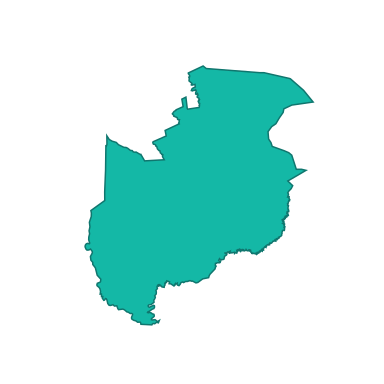 the district of Centenary/ Muzarabani, Mashonaland Central, Zimbabwe, rotated 202°
{"feature_id": "62879985B33993196799610", "entity_name": "Centenary/ Muzarabani", "entity_type": "district", "adm_level": 2, "iso_a3": "ZWE", "parent_name": "Zimbabwe", "parent_adm1": "Mashonaland Central", "projection": "natural_earth1", "projection_center": [31.038, -16.418], "detail": "fine", "context": "isolated", "style": "filled", "palette": "teal", "viewbox_px": 384, "rotation_deg": 202, "n_neighbors": 0, "source": "geoboundaries", "source_scale": "gbopen_adm2", "svg_char_len": 5960}
<svg xmlns="http://www.w3.org/2000/svg" viewBox="0 0 384 384"><g transform="rotate(202 192 192)"><path d="M269.9,109.0L267.7,106.3L267.8,105.6L269.7,105.2L270.6,104.3L271.0,102.7L270.6,101.1L269.0,99.4L267.6,98.8L265.9,99.6L264.7,101.1L262.2,99.5L261.6,98.2L262.0,94.1L260.2,90.9L257.7,89.6L256.8,87.6L253.2,85.5L248.7,79.3L243.9,77.0L243.3,74.9L243.4,74.0L245.6,71.9L245.4,70.2L244.8,69.5L242.4,68.7L241.1,67.8L239.6,65.7L238.9,62.9L237.8,63.5L236.7,61.1L235.6,61.6L235.3,59.9L233.2,58.5L232.6,59.0L232.3,60.8L231.5,60.9L230.4,60.0L228.3,57.0L226.4,55.9L225.0,56.3L223.0,57.9L221.2,57.2L219.1,58.3L217.0,56.0L216.0,55.4L212.3,57.5L210.6,57.5L207.4,56.4L206.1,56.7L203.7,56.2L202.5,56.8L201.6,56.7L201.1,56.0L201.1,53.2L200.7,52.2L199.9,51.5L197.6,51.2L196.0,51.5L193.7,50.9L191.4,51.9L190.9,51.8L189.8,50.2L179.4,53.8L179.3,54.8L178.8,55.5L177.2,55.9L176.0,58.0L174.2,58.1L174.2,60.6L175.4,59.0L178.5,59.8L180.8,58.5L181.8,58.4L182.1,59.4L180.5,62.4L180.9,63.7L181.7,64.4L183.0,64.1L184.3,64.6L186.4,64.4L187.1,63.7L188.1,63.6L188.1,64.2L186.6,65.8L185.1,68.3L183.7,69.6L183.6,71.2L184.3,72.5L185.1,72.6L188.4,69.1L189.6,69.4L190.1,70.3L189.9,71.0L187.7,72.4L185.9,75.5L186.9,77.5L186.5,79.1L186.6,80.8L187.7,81.7L187.0,84.1L187.6,85.9L188.6,87.3L187.9,89.5L188.9,90.9L188.9,92.2L187.9,92.0L187.6,92.4L188.4,93.5L187.7,93.9L186.7,93.3L186.7,93.8L186.3,93.8L184.3,92.7L182.1,93.2L182.4,94.4L182.2,95.7L183.0,97.1L182.8,97.9L182.4,97.6L182.2,98.7L181.8,98.7L182.1,100.2L179.1,100.3L178.9,98.4L177.2,98.9L173.5,98.1L172.9,99.3L172.9,99.6L173.4,99.5L173.0,101.2L172.1,101.0L171.5,101.9L171.2,100.7L170.6,100.3L169.0,100.3L168.4,101.9L168.3,103.8L166.9,105.1L165.8,104.9L164.6,106.5L162.4,107.5L161.3,108.8L160.6,108.8L160.2,109.2L159.1,109.1L158.2,109.6L154.3,109.2L152.7,110.3L149.5,115.5L144.5,118.8L144.7,120.7L144.5,122.5L141.8,129.4L142.2,131.0L141.8,131.9L142.0,132.4L142.8,132.5L143.5,134.6L142.5,135.2L142.2,135.9L140.1,136.6L139.5,137.2L139.6,138.6L140.5,138.0L141.7,138.6L141.5,140.5L140.6,140.0L140.0,140.1L138.0,140.9L137.2,141.8L137.7,144.6L136.4,146.5L136.4,147.6L138.4,147.6L138.5,147.9L137.2,148.2L136.5,149.8L135.5,150.2L134.9,150.9L135.1,149.7L134.6,149.6L134.4,149.2L133.8,149.5L133.7,150.7L132.2,150.4L131.5,151.1L130.1,151.7L130.2,152.7L129.5,151.1L129.1,152.0L127.6,152.1L127.5,152.6L128.4,154.2L127.0,153.8L128.2,154.9L128.0,155.7L127.8,155.8L127.4,154.9L126.6,155.3L126.6,156.1L125.7,155.5L126.0,156.3L124.5,155.5L124.4,156.1L125.0,156.4L125.0,157.0L123.8,156.6L123.5,157.7L122.6,157.8L122.3,157.6L122.4,156.8L121.2,157.1L120.5,158.0L120.4,159.1L120.1,159.0L119.9,158.2L118.4,158.3L117.5,159.9L117.1,159.9L117.5,158.7L116.0,158.9L115.7,159.6L114.8,158.2L114.2,158.3L113.7,157.5L112.8,158.1L112.5,157.7L111.5,158.4L110.2,158.3L109.7,159.5L109.3,159.5L109.3,158.7L108.7,158.3L108.2,159.3L108.7,160.5L108.3,160.5L107.9,159.9L107.2,160.5L107.4,161.1L106.8,161.6L107.4,161.8L107.3,162.5L106.2,162.7L105.9,163.5L104.7,163.4L105.0,164.2L106.3,163.5L105.7,165.1L105.4,164.7L103.9,164.9L104.7,166.6L104.2,167.2L104.1,168.3L102.8,168.3L103.4,169.4L103.3,169.7L102.6,169.5L102.5,171.2L102.0,171.6L101.0,171.6L101.0,172.5L100.4,172.4L100.7,173.8L99.9,173.8L99.7,174.3L99.1,174.4L98.4,176.8L97.7,176.9L97.3,178.4L96.6,177.7L95.9,177.8L96.5,179.1L96.4,179.7L95.9,179.2L95.2,179.6L95.2,180.1L95.7,180.0L95.7,180.5L94.6,181.1L94.8,182.1L94.0,182.2L94.3,183.1L93.2,183.9L92.6,185.4L93.1,186.5L92.9,187.1L93.5,188.2L93.4,188.9L93.7,189.8L93.2,190.7L92.2,190.7L92.0,191.0L92.4,192.7L93.6,193.8L93.4,194.2L92.8,194.1L92.7,194.5L94.7,196.1L94.1,196.6L94.3,197.1L96.0,197.0L95.6,197.5L95.7,198.2L95.3,198.1L95.4,198.7L96.6,198.6L96.5,199.7L97.2,199.3L98.0,199.9L96.8,201.8L96.5,201.8L96.3,201.1L96.0,201.3L95.9,202.3L96.5,202.5L96.6,203.0L95.8,202.9L96.1,203.5L95.6,203.7L96.1,204.3L95.0,204.5L95.3,205.0L95.8,204.8L95.8,205.6L95.1,206.2L94.6,205.3L93.9,206.4L95.4,208.2L96.1,207.9L96.3,209.0L95.7,208.9L95.8,209.6L95.0,210.0L95.1,210.6L95.6,211.3L96.1,211.3L96.2,212.2L96.6,212.2L97.1,213.0L97.4,215.5L97.7,215.6L97.9,215.2L98.5,215.6L98.5,216.6L99.0,217.0L98.6,217.6L99.0,219.4L98.3,220.4L98.4,220.9L98.8,220.8L98.6,221.7L99.6,222.3L100.2,224.0L101.4,223.2L101.7,226.1L102.9,227.1L102.6,229.0L101.3,232.2L101.0,235.6L107.3,238.1L94.4,254.8L98.9,254.1L103.8,252.1L113.3,263.5L117.0,264.7L122.1,264.8L134.7,264.3L137.3,267.4L140.8,269.8L144.1,276.4L142.6,282.5L139.8,286.7L138.8,293.4L137.3,299.9L138.0,303.5L132.0,310.0L113.4,320.8L126.7,328.1L143.1,333.8L144.1,333.8L169.9,329.6L173.6,328.1L225.1,311.8L228.9,313.0L240.0,301.0L239.7,300.3L238.6,299.8L237.6,298.8L237.4,297.9L238.0,297.3L237.1,296.3L236.4,293.9L232.8,292.7L232.6,292.4L232.9,291.4L232.7,291.0L232.0,291.1L229.5,292.9L228.3,290.6L230.3,288.4L230.7,287.4L230.6,285.8L229.2,286.0L228.7,286.8L227.4,287.3L227.2,288.2L226.4,287.9L225.8,287.0L225.8,285.4L225.3,284.2L224.4,284.1L223.8,285.4L222.7,284.0L222.9,282.2L222.6,281.8L220.6,281.5L220.2,280.2L219.7,280.3L219.8,278.9L220.2,278.9L220.3,278.5L218.9,277.0L218.1,277.0L218.1,276.3L217.6,275.6L217.8,274.9L217.4,274.7L217.1,273.7L217.2,273.0L227.2,267.1L227.6,267.0L227.4,267.1L233.2,277.7L236.2,274.3L232.2,267.8L237.6,262.2L237.5,261.7L238.8,260.0L239.5,257.1L237.4,256.1L237.3,255.5L233.6,255.4L232.5,253.9L230.7,254.3L230.7,253.3L230.1,252.2L230.2,250.9L229.4,250.4L240.0,239.0L236.9,234.3L246.9,224.0L246.8,223.0L245.7,221.9L244.2,222.2L243.1,221.8L242.9,221.1L241.6,220.8L240.2,219.0L238.1,218.0L237.3,218.2L236.0,216.4L235.0,216.2L234.1,215.5L233.6,215.8L233.0,215.6L232.8,214.2L232.4,213.6L229.8,211.5L247.6,203.1L253.5,207.7L253.7,207.4L258.9,208.1L259.7,207.5L261.5,207.2L262.9,208.0L264.7,207.5L268.1,208.5L269.8,208.6L271.9,207.9L277.9,208.3L280.8,209.6L285.1,209.2L288.4,209.7L292.0,212.2L288.7,204.3L288.6,202.5L289.1,202.5L280.3,179.8L273.0,159.4L269.7,151.4L278.8,136.9L277.4,134.8L276.2,131.5L275.8,125.5L273.6,121.5L272.9,117.5L271.3,114.9L270.8,111.5L269.9,109.0Z" fill="#14b8a6" stroke="#0f766e" stroke-width="1.5"/></g></svg>